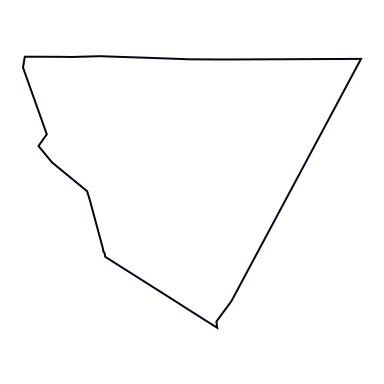 Cabarrus, North Carolina, United States of America
{"feature_id": "52423323B48956333130626", "entity_name": "Cabarrus", "entity_type": "district", "adm_level": 2, "iso_a3": "USA", "parent_name": "United States of America", "parent_adm1": "North Carolina", "projection": "orthographic", "projection_center": [-80.633, 35.346], "detail": "fine", "context": "isolated", "style": "outline", "palette": "ink", "viewbox_px": 384, "rotation_deg": 0, "n_neighbors": 0, "source": "geoboundaries", "source_scale": "gbopen_adm2", "svg_char_len": 544}
<svg xmlns="http://www.w3.org/2000/svg" viewBox="0 0 384 384"><path d="M361.0,58.9L222.4,59.5L189.7,59.3L145.2,57.7L138.8,57.5L99.6,56.2L71.4,57.0L59.3,56.8L57.1,56.8L56.9,56.8L24.8,56.7L23.0,67.5L46.8,134.3L38.5,146.0L52.1,162.5L87.1,191.2L89.5,199.0L90.0,200.7L94.5,217.4L101.6,243.7L103.1,249.1L103.2,250.9L103.3,251.3L103.5,251.5L103.9,252.1L104.3,252.5L104.8,254.2L105.2,256.5L105.3,256.9L151.8,286.3L181.6,305.2L185.9,308.0L186.2,308.2L217.2,327.8L216.4,321.5L231.4,301.2L361.0,58.9Z" fill="none" stroke="#020617" stroke-width="2"/></svg>